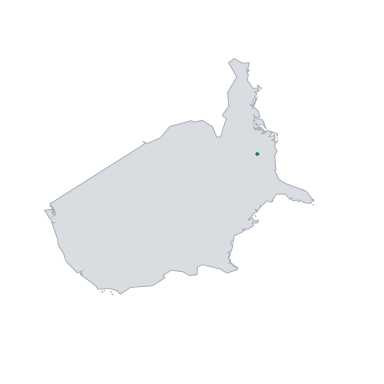 Davie, North Carolina, United States of America shown in context, rotated 310°
{"feature_id": "52423323B1235583382537", "entity_name": "Davie", "entity_type": "district", "adm_level": 2, "iso_a3": "USA", "parent_name": "United States of America", "parent_adm1": "North Carolina", "projection": "orthographic", "projection_center": [-80.521, 35.903], "detail": "fine", "context": "in_parent", "style": "filled", "palette": "green", "viewbox_px": 384, "rotation_deg": 310, "n_neighbors": 0, "source": "geoboundaries", "source_scale": "gbopen_adm2", "svg_char_len": 4150}
<svg xmlns="http://www.w3.org/2000/svg" viewBox="0 0 384 384"><g transform="rotate(310 192 192)"><path d="M291.0,155.4L309.0,152.2L314.6,136.9L321.4,138.6L322.9,147.5L327.7,153.0L321.1,156.0L321.0,157.7L319.6,155.8L318.3,159.5L313.2,162.6L310.5,171.9L314.0,175.5L316.0,174.8L315.3,173.1L316.0,173.9L316.4,175.7L310.5,177.6L309.2,175.7L308.8,178.5L301.8,179.8L296.7,183.8L297.1,181.7L296.5,180.4L295.4,185.4L296.9,186.1L296.7,190.3L293.3,195.8L289.3,192.8L291.4,189.3L288.9,191.8L290.1,195.4L291.9,197.4L292.3,199.8L287.9,208.7L289.1,203.2L285.3,198.2L287.5,192.7L283.9,194.5L285.5,202.4L281.9,200.2L280.6,200.5L281.7,197.9L281.6,197.2L280.4,199.2L280.4,200.8L285.9,203.7L284.8,205.2L282.3,202.5L281.3,202.1L284.5,205.3L285.8,205.9L285.1,208.0L283.4,206.5L286.1,209.4L285.5,209.9L284.2,208.4L280.8,207.8L285.0,210.5L287.7,210.3L290.6,217.6L288.0,212.0L288.9,215.7L283.9,215.1L287.6,218.6L289.3,217.5L287.2,220.9L282.4,219.9L285.3,221.6L282.9,223.3L285.9,224.5L280.5,225.4L277.8,230.9L272.6,232.4L262.8,242.2L261.6,241.2L257.7,250.1L257.4,252.3L258.9,259.1L266.0,279.2L263.4,289.7L259.6,290.3L255.9,284.6L255.2,279.9L250.0,274.4L251.9,272.0L249.2,272.0L250.5,265.1L244.5,257.9L234.9,259.2L233.4,255.0L224.2,254.1L225.4,252.6L223.7,254.0L219.4,254.5L219.6,251.3L218.7,253.5L206.0,253.0L211.2,255.0L209.2,257.7L213.1,260.9L210.8,262.2L206.6,258.0L206.0,260.9L199.8,259.0L196.7,254.9L194.4,256.5L185.6,252.5L179.9,255.8L181.3,254.9L178.6,253.4L176.6,258.1L170.7,260.4L172.1,259.7L168.5,258.5L169.6,260.4L165.1,261.8L162.7,266.9L160.9,265.7L162.3,267.5L162.0,272.5L163.3,275.8L161.9,276.7L152.3,270.9L151.1,263.2L143.0,246.5L137.9,244.5L131.8,249.0L126.3,243.6L125.0,236.2L118.7,226.3L109.6,223.5L108.9,226.4L94.6,221.8L79.4,206.2L67.8,202.7L67.9,197.2L64.9,190.5L57.0,182.5L58.3,179.1L57.1,160.2L58.0,158.8L58.6,161.5L59.1,157.8L62.4,159.1L56.3,156.4L57.9,139.9L62.5,133.1L65.1,124.0L69.3,119.6L78.2,104.9L80.6,106.7L78.1,104.4L81.2,100.8L80.2,100.3L83.2,90.9L88.8,95.9L85.0,99.6L88.9,97.6L86.6,101.2L84.5,101.3L85.6,102.0L87.6,101.1L90.1,97.6L91.7,90.8L198.7,124.9L199.2,122.4L200.7,126.8L213.6,133.1L227.8,132.9L246.3,145.7L246.9,148.7L253.5,153.9L255.2,165.8L250.0,175.3L252.2,178.5L270.6,171.0L269.8,166.5L271.4,165.7L281.3,165.1L291.0,155.4ZM304.1,181.6L307.1,180.9L296.5,184.5L305.1,180.4L304.1,181.6ZM90.1,94.7L89.6,97.5L89.4,97.8L89.2,95.4L90.1,94.7ZM163.2,274.9L162.5,270.3L162.9,267.8L162.7,270.5L163.2,274.9ZM321.9,156.2L322.0,157.6L321.5,157.4L321.9,156.2ZM196.7,256.3L196.8,257.3L195.9,256.4L196.7,256.3ZM59.1,188.1L60.3,188.1L60.3,188.3L59.1,188.1ZM58.1,187.2L57.4,187.7L57.3,186.9L58.1,187.2ZM313.3,177.6L312.5,178.5L312.3,178.3L313.3,177.6ZM164.0,265.7L162.9,267.5L165.3,264.0L164.0,265.7ZM263.9,272.6L265.3,276.5L263.7,272.2L263.9,272.6ZM63.4,193.8L63.6,195.1L63.3,193.9L63.4,193.8ZM264.0,290.3L262.8,291.6L264.8,288.9L264.0,290.3ZM291.1,220.1L289.9,221.7L290.8,217.9L291.1,220.1ZM90.3,92.3L89.9,93.0L89.8,92.4L90.3,92.3ZM169.5,261.2L167.4,261.8L169.6,261.0L169.5,261.2ZM316.2,177.7L316.2,178.7L315.3,178.5L316.2,177.7ZM62.4,196.6L62.3,198.0L62.2,196.7L62.4,196.6ZM166.8,262.5L166.0,262.8L166.8,262.2L166.8,262.5ZM291.8,201.5L290.7,203.7L292.0,200.7L291.8,201.5ZM179.2,256.5L177.8,257.1L179.8,256.1L179.2,256.5ZM257.9,251.1L257.7,252.8L257.6,251.6L257.9,251.1ZM286.3,224.7L285.9,225.0L287.1,223.7L286.3,224.7ZM238.4,259.0L236.7,259.8L236.1,259.5L238.4,259.0ZM218.8,254.1L218.5,254.4L217.6,254.3L218.8,254.1ZM253.5,280.0L253.7,281.2L253.2,279.8L253.5,280.0ZM214.6,256.1L214.3,257.1L214.3,255.2L214.6,256.1ZM260.3,293.1L259.4,293.2L260.6,292.8L260.3,293.1ZM296.4,191.0L295.9,192.1L296.6,190.6L296.4,191.0ZM289.0,222.1L288.4,222.5L288.3,222.4L289.0,222.1Z" fill="#d9dde1" stroke="#a8b0b8" stroke-width="1"/><path d="M263.3,216.8L262.7,216.8L262.2,216.7L262.2,217.7L262.1,218.0L262.4,218.1L262.6,218.1L262.8,218.3L263.0,218.4L263.0,218.5L263.3,218.6L263.5,218.8L263.6,218.7L263.4,218.5L263.5,218.4L263.4,218.3L263.4,218.2L263.5,218.3L263.6,218.2L263.8,218.2L263.7,217.9L263.8,217.8L264.0,217.9L264.0,217.7L264.0,217.3L263.9,217.3L263.7,217.2L263.5,216.8L263.5,216.7L263.3,216.8Z" fill="#22c55e" stroke="#15803d" stroke-width="1.5"/></g></svg>